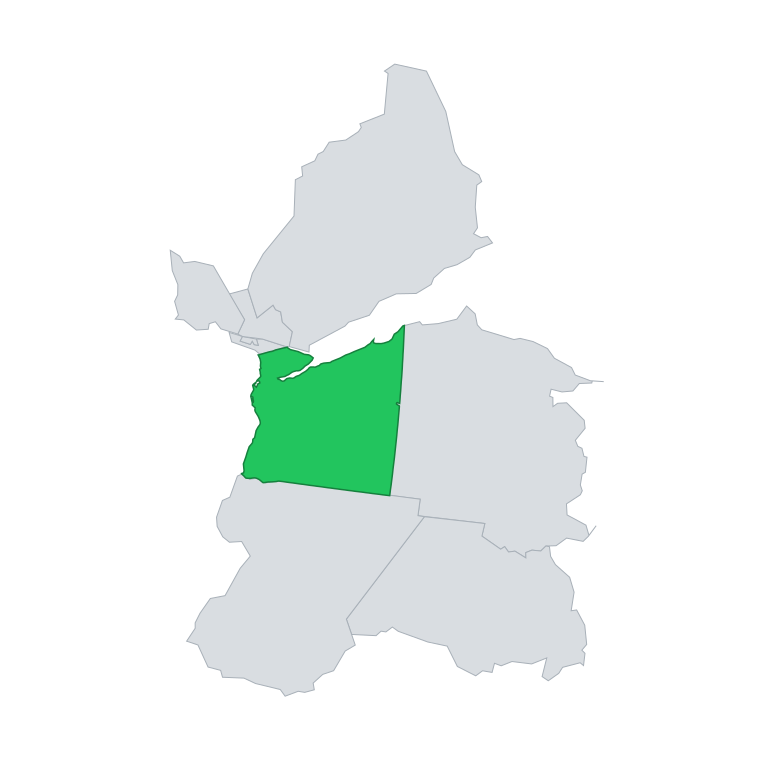 map of Egypt with Sudan, Chad, Israel and 5 others greyed out, rotated 275°
{"feature_id": "EGY", "entity_name": "Egypt", "entity_type": "country or territory", "adm_level": 0, "iso_a3": "EGY", "parent_name": "Africa", "parent_adm1": "", "projection": "orthographic", "projection_center": [30.805, 26.825], "detail": "fine", "context": "with_neighbors", "style": "filled", "palette": "green", "viewbox_px": 768, "rotation_deg": 275, "n_neighbors": 8, "source": "natural_earth", "source_scale": "50m", "svg_char_len": 6882}
<svg xmlns="http://www.w3.org/2000/svg" viewBox="0 0 768 768"><g transform="rotate(275 384 384)"><path d="M261.3,607.7L249.8,600.6L244.6,596.1L246.4,579.3L237.9,569.5L236.7,559.4L231.3,554.7L231.4,545.9L228.4,539.9L223.1,540.5L228.9,529.0L227.5,522.7L232.5,518.4L229.6,514.6L241.0,494.8L253.8,496.6L255.8,429.3L272.4,430.1L273.5,399.3L444.0,399.2L449.2,414.1L446.2,417.0L448.9,432.8L454.9,450.9L468.9,459.5L461.8,468.7L451.0,471.8L446.5,476.7L439.6,509.6L441.3,515.6L439.3,528.7L433.5,543.8L424.5,551.5L416.7,569.4L409.6,573.7L405.2,589.4L405.5,602.7L405.3,591.2L403.1,590.9L401.5,578.5L393.5,572.8L391.6,562.0L393.4,550.9L386.3,550.0L385.3,553.4L376.2,554.3L379.9,558.6L381.2,567.6L365.3,586.6L357.4,588.2L344.6,579.5L338.8,582.5L337.2,586.8L329.3,589.5L328.8,592.6L313.6,592.3L311.5,589.2L300.5,588.4L294.9,590.8L290.8,589.3L280.5,576.2L269.5,577.8L261.0,597.5L251.0,601.4L261.3,607.7Z" fill="#d9dde1" stroke="#a8b0b8" stroke-width="1"/><path d="M255.3,435.8L253.8,496.6L241.0,494.8L229.6,514.6L232.5,518.4L227.5,522.7L228.9,529.0L223.1,540.5L228.4,539.9L231.4,545.9L231.3,554.7L236.7,559.4L236.4,563.0L226.8,565.0L219.0,570.5L207.6,585.8L193.2,591.5L174.4,590.2L175.7,595.6L161.2,605.0L142.2,608.6L136.1,604.3L133.2,607.7L120.9,607.3L123.4,603.7L117.3,586.6L111.0,583.3L102.7,573.5L106.3,567.0L125.3,570.0L118.0,555.5L118.7,535.7L113.5,525.3L115.4,518.4L106.1,516.8L106.9,507.2L101.3,500.8L109.0,481.7L128.4,469.8L130.8,450.1L138.9,419.7L142.6,413.5L137.2,407.5L137.5,402.6L132.6,398.0L131.7,373.6L146.5,367.0L255.3,435.8Z" fill="#d9dde1" stroke="#a8b0b8" stroke-width="1"/><path d="M421.9,225.2L419.0,239.0L414.2,237.0L411.8,247.4L415.2,249.0L411.9,251.3L411.5,255.4L417.6,253.0L418.2,259.0L412.5,284.0L402.8,257.7L406.5,252.5L412.7,228.6L421.9,225.2Z" fill="#d9dde1" stroke="#a8b0b8" stroke-width="1"/><path d="M417.6,253.0L411.5,255.4L411.9,251.3L415.2,249.0L411.8,247.4L414.2,237.0L419.0,239.0L417.6,253.0Z" fill="#d9dde1" stroke="#a8b0b8" stroke-width="1"/><path d="M419.0,239.0L421.0,234.0L435.9,239.5L460.1,221.7L466.8,240.1L438.8,251.8L452.9,266.6L448.6,269.5L446.8,274.8L436.7,277.4L428.1,288.2L413.0,286.3L412.5,284.0L418.2,259.0L419.0,239.0Z" fill="#d9dde1" stroke="#a8b0b8" stroke-width="1"/><path d="M421.0,234.0L424.7,216.7L431.3,210.6L428.9,204.6L423.2,204.1L421.4,192.4L430.4,179.0L430.5,170.4L434.8,173.2L448.1,168.2L454.8,170.7L465.0,170.0L478.5,163.2L498.6,159.4L493.5,169.4L487.2,173.8L489.6,184.8L486.8,203.7L435.9,239.5L421.0,234.0Z" fill="#d9dde1" stroke="#a8b0b8" stroke-width="1"/><path d="M413.0,286.3L428.1,288.2L436.7,277.4L446.8,274.8L448.6,269.5L452.9,266.6L438.8,251.8L466.8,240.1L482.8,243.2L503.2,252.4L543.5,279.7L579.8,277.9L584.1,284.8L593.2,283.1L600.3,295.6L607.2,298.2L610.3,303.2L620.1,308.3L623.7,324.7L633.2,336.6L637.6,339.0L641.1,337.3L652.9,360.8L693.7,361.0L695.8,357.2L703.6,366.8L699.4,399.0L660.9,421.8L621.7,434.1L609.3,442.9L600.6,460.3L594.2,463.7L590.2,459.1L568.1,459.5L547.7,463.5L541.5,460.1L538.2,468.0L540.0,474.3L534.0,479.8L525.5,463.3L517.7,458.5L509.2,446.3L504.4,434.1L493.9,424.3L487.3,422.3L477.0,408.2L474.9,388.4L465.9,371.8L451.2,363.4L442.5,343.3L438.3,340.1L416.1,306.2L409.3,306.5L413.0,286.3Z" fill="#d9dde1" stroke="#a8b0b8" stroke-width="1"/><path d="M278.5,287.2L272.4,430.1L255.8,429.3L255.3,435.8L146.5,367.0L121.4,378.1L114.6,368.6L94.0,358.8L89.4,348.3L79.9,339.5L73.3,341.2L69.9,331.9L70.4,325.3L64.4,312.7L70.6,307.3L74.4,282.2L78.8,270.1L77.8,248.7L84.5,246.2L86.7,233.4L107.8,221.4L110.6,209.8L124.2,217.2L129.6,216.7L139.6,220.7L155.2,229.7L159.3,244.1L187.9,256.8L200.9,265.8L214.7,255.9L212.9,243.8L217.7,236.7L227.6,230.2L236.7,228.8L253.9,233.2L257.8,240.3L279.5,246.0L282.5,251.3L277.3,258.4L279.0,265.2L275.1,274.5L278.5,287.2Z" fill="#d9dde1" stroke="#a8b0b8" stroke-width="1"/><path d="M444.1,399.2L439.4,399.4L434.7,399.6L430.0,399.8L425.3,400.0L420.6,400.2L415.8,400.3L411.1,400.5L406.4,400.6L401.7,400.8L397.0,400.9L392.3,401.0L387.6,401.0L382.8,401.1L378.1,401.2L373.4,401.2L368.7,401.3L366.0,401.3L366.4,399.9L366.7,398.9L366.4,398.3L365.5,398.1L364.9,398.3L363.5,401.2L362.7,401.3L361.1,401.3L355.6,401.3L350.1,401.3L344.6,401.3L339.1,401.2L333.6,401.2L328.1,401.1L322.6,401.0L317.1,400.9L311.6,400.8L306.1,400.6L300.6,400.4L295.2,400.3L289.7,400.1L284.2,399.9L278.7,399.6L273.3,399.4L273.4,395.9L273.5,392.4L273.7,389.0L273.8,385.5L273.9,382.0L274.1,378.6L274.2,375.1L274.4,371.6L274.5,368.1L274.6,364.6L274.8,361.2L274.9,357.7L275.1,354.2L275.2,350.7L275.4,347.2L275.5,343.8L275.7,340.3L275.8,336.8L276.0,333.3L276.2,329.8L276.3,326.4L276.5,322.9L276.6,319.4L276.8,315.9L277.0,312.4L277.1,309.0L277.3,305.5L277.5,302.0L277.6,298.5L277.8,295.0L278.0,291.6L278.1,288.1L278.1,287.4L277.4,285.0L276.9,282.0L276.4,278.3L276.3,277.1L275.3,273.2L275.2,272.1L275.6,271.4L277.8,268.3L278.5,266.7L279.1,264.9L279.3,263.4L278.8,261.0L278.3,258.9L278.2,256.8L278.2,254.7L279.3,253.3L280.6,252.0L281.1,251.2L281.8,250.3L282.4,249.9L283.2,251.8L285.3,252.2L292.1,250.9L299.5,252.8L303.5,253.6L309.8,255.2L313.6,257.9L314.7,258.2L317.5,258.2L319.2,259.8L326.5,260.7L330.3,262.4L332.5,263.8L333.8,264.2L335.0,264.1L336.6,263.7L338.6,262.7L340.8,261.5L345.3,258.2L346.9,257.6L347.9,257.7L349.2,257.7L349.7,256.8L350.4,256.2L350.8,255.5L351.5,254.6L353.8,254.4L358.5,252.9L358.0,253.6L353.7,255.3L355.5,255.5L357.4,254.9L359.5,254.5L359.9,253.9L360.2,252.6L360.6,252.4L362.1,252.6L366.5,254.6L367.5,254.6L370.6,253.5L371.3,253.3L372.3,253.9L374.6,256.3L373.8,256.3L371.3,254.2L371.1,255.3L369.7,257.1L371.5,257.9L372.9,258.2L373.7,259.3L374.2,260.2L375.6,259.8L376.5,258.5L376.0,257.8L375.6,257.1L376.1,257.0L377.1,257.6L379.9,260.0L380.8,260.5L381.9,260.4L384.2,259.7L384.8,259.8L387.8,258.8L388.2,259.5L388.7,260.1L391.1,259.3L394.9,259.3L398.0,258.4L401.6,256.4L401.9,256.1L402.1,256.6L402.6,257.9L403.8,261.1L404.8,263.7L406.1,267.2L406.5,268.6L406.7,269.6L408.6,273.4L409.7,276.7L410.6,279.3L411.8,283.1L412.3,284.4L411.5,285.1L410.1,287.7L408.8,295.7L406.6,302.0L406.5,305.9L406.2,307.3L405.1,309.3L403.8,311.2L401.4,310.3L397.4,307.0L395.0,303.8L392.6,301.8L390.2,299.1L389.6,297.1L389.6,295.8L388.5,292.8L387.7,291.3L384.9,288.0L384.1,286.3L383.4,285.5L382.8,284.4L381.7,280.1L380.6,277.4L379.4,278.2L379.6,279.4L378.5,280.9L377.9,282.8L378.4,284.3L380.7,286.5L381.2,287.5L381.8,289.7L381.7,292.6L382.1,293.6L383.9,295.8L384.5,297.1L384.9,298.2L385.5,299.2L387.2,301.1L389.7,304.7L392.1,307.1L393.8,308.2L394.5,309.4L394.8,312.4L394.7,313.9L396.2,316.6L396.8,318.0L398.3,319.1L398.9,320.4L399.6,322.4L400.7,328.6L402.0,330.1L406.1,338.2L409.5,343.3L411.2,347.1L413.8,351.7L418.9,361.8L421.8,364.9L423.0,366.7L425.1,368.0L427.5,369.9L425.3,369.7L424.8,369.9L424.0,370.3L423.7,371.5L423.6,372.5L424.0,377.7L424.7,380.3L426.8,385.3L428.2,386.7L429.0,387.7L430.0,388.3L434.5,389.9L437.3,393.4L443.4,397.7L444.0,398.9L444.1,399.2Z" fill="#22c55e" stroke="#15803d" stroke-width="1.5"/></g></svg>